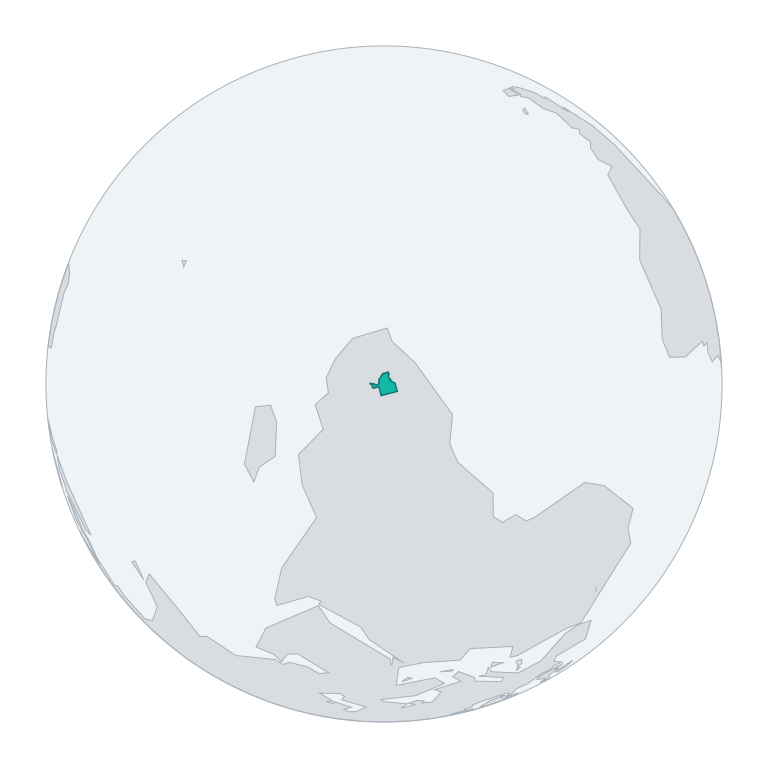 Kgalagadi on an orthographic globe, rotated 165°
{"feature_id": "BWA-2625", "entity_name": "Kgalagadi", "entity_type": "District", "adm_level": 1, "iso_a3": "BWA", "parent_name": "Botswana", "parent_adm1": "", "projection": "orthographic", "projection_center": [21.995, -25.1], "detail": "fine", "context": "on_globe", "style": "filled", "palette": "teal", "viewbox_px": 768, "rotation_deg": 165, "n_neighbors": 0, "source": "natural_earth", "source_scale": "10m", "svg_char_len": 6639}
<svg xmlns="http://www.w3.org/2000/svg" viewBox="0 0 768 768"><g transform="rotate(165 384 384)"><circle cx="384" cy="384" r="338" fill="#eef3f6" stroke="#a8b0b8"/><path d="M53.3,314.7L53.9,312.1L52.8,317.3L53.9,325.3L61.2,320.5L62.8,330.4L61.4,340.2L65.2,337.7L65.4,343.0L86.1,332.1L101.1,335.9L103.7,355.0L97.0,384.7L104.9,437.8L96.6,467.5L103.9,489.6L113.7,527.9L107.5,534.9L118.9,545.4L123.4,558.4L122.0,564.8L130.2,575.0L129.5,579.6L135.9,582.6L147.4,601.2L158.6,608.5L170.2,622.7L177.6,626.5L177.4,628.3L180.4,632.4L184.9,635.5L178.7,636.6L162.8,626.3L154.6,618.0L154.1,619.6L135.2,599.0L139.3,605.1L116.0,579.9L99.3,555.3L66.2,492.5L62.1,483.6L60.4,481.2L54.3,458.0L49.8,434.3L47.1,410.4L46.1,386.4L46.8,362.4L49.2,338.4L53.3,314.7ZM193.1,636.7L181.2,637.9L186.0,636.4L178.9,628.2L189.0,629.5L193.1,636.7ZM176.7,614.2L174.7,607.4L177.2,607.8L179.2,612.6L176.7,614.2ZM383.1,46.1L372.8,46.5L370.2,47.0L374.6,47.4L363.9,50.5L353.8,51.8L349.4,49.1L334.5,51.1L337.6,49.5L348.6,47.9L383.1,46.1ZM421.2,48.1L422.6,48.3L422.3,48.3L445.7,51.8L468.8,56.9L491.5,63.6L513.7,72.0L535.2,81.8L556.0,93.1L575.9,105.9L594.9,120.0L612.9,135.4L629.8,152.1L645.4,169.8L659.7,188.7L672.7,208.5L684.3,229.1L694.4,250.5L703.0,272.6L710.0,295.2L715.5,318.2L715.7,321.4L714.4,314.3L705.6,284.3L709.3,303.6L716.2,332.1L718.7,357.7L715.8,342.9L712.5,320.2L709.3,309.0L706.4,291.1L696.5,259.8L693.2,257.3L689.8,247.0L675.7,219.1L668.9,215.5L660.6,227.8L665.5,254.0L659.9,261.3L638.4,214.0L627.3,187.9L620.4,186.2L597.4,160.1L560.3,145.9L554.3,139.3L547.5,139.6L531.2,130.7L521.7,121.0L512.2,119.5L537.4,145.8L547.5,148.0L554.9,142.0L560.1,151.1L575.7,163.1L561.1,178.9L504.8,186.9L498.1,167.3L449.2,116.6L450.1,112.2L449.8,111.7L449.1,110.8L445.9,117.8L437.0,109.4L464.4,140.9L469.5,155.4L504.0,187.9L501.1,190.5L511.8,198.4L544.8,197.8L545.3,204.3L530.4,232.7L483.6,272.5L489.2,307.6L484.8,338.0L454.4,356.0L455.8,381.8L439.9,389.9L438.1,405.0L424.6,420.8L402.5,436.2L366.4,437.3L365.1,422.9L348.5,396.6L325.8,336.7L335.9,309.1L333.1,289.5L306.9,250.4L312.7,227.7L305.4,219.6L290.6,223.9L282.0,214.8L273.0,216.2L215.7,236.9L197.8,229.0L175.6,199.4L185.6,181.7L186.8,166.5L255.6,102.4L270.9,100.8L325.9,87.1L332.9,87.7L327.3,97.1L369.2,106.1L381.8,97.6L418.9,104.8L443.1,106.2L450.3,89.8L410.7,86.9L403.0,79.1L434.1,74.8L468.7,80.0L466.8,77.3L444.3,69.1L451.5,66.3L436.4,66.3L443.1,69.2L433.8,69.8L427.1,67.3L429.9,66.1L419.3,64.3L408.6,71.9L414.2,75.7L386.8,76.9L393.5,83.6L386.3,87.0L372.3,77.0L373.2,73.5L347.7,66.0L344.3,69.5L368.2,77.3L361.0,76.8L356.6,83.3L354.4,78.1L329.2,70.2L304.1,75.9L273.2,96.3L258.2,101.3L245.2,102.0L255.3,85.7L287.6,76.7L291.6,72.3L284.1,69.5L294.6,67.5L295.5,65.7L307.6,63.2L323.7,57.1L335.8,55.2L341.3,51.3L348.3,50.2L343.0,52.5L345.9,53.7L376.0,51.8L381.6,50.9L382.7,49.0L390.8,49.3L388.1,47.8L404.9,47.9L382.1,47.0L382.8,46.2L391.2,46.2L421.2,48.1ZM233.0,128.4L231.4,132.7L233.0,128.4ZM506.4,96.3L526.3,102.1L515.3,90.8L522.0,92.4L515.8,88.3L514.4,90.0L498.9,80.0L506.7,80.2L503.2,76.7L496.3,74.8L484.5,76.4L506.6,90.0L503.0,92.5L506.4,96.3ZM54.0,311.4L53.9,312.9L53.2,315.5L54.0,311.4ZM288.7,61.7L293.0,61.1L288.8,63.2L273.4,68.3L279.4,64.9L288.7,61.7ZM300.2,60.1L300.1,57.5L309.7,55.1L304.3,56.7L310.7,55.4L303.7,57.8L313.0,59.1L309.8,61.3L283.1,67.8L293.6,64.0L288.7,64.4L300.2,60.1ZM340.5,83.8L345.8,83.7L354.1,82.7L351.4,87.2L340.5,83.8ZM323.0,78.3L327.7,77.2L328.1,82.1L322.5,82.7L323.0,78.3ZM330.1,73.0L328.0,76.8L325.8,75.0L330.1,73.0ZM347.4,51.9L352.5,51.2L353.1,51.6L350.5,52.5L347.4,51.9ZM443.8,91.9L437.0,94.5L433.2,92.6L436.3,92.1L443.8,91.9ZM392.2,89.1L404.1,91.4L391.3,90.3L392.2,89.1ZM547.2,548.9L547.1,555.7L542.9,554.2L547.2,548.9ZM539.5,342.8L514.0,395.3L499.0,392.8L497.6,375.1L507.9,342.2L525.9,336.1L535.1,323.1L539.5,342.8ZM717.6,437.7L718.1,416.1L717.3,404.1L718.3,400.7L719.7,415.4L717.6,437.7ZM718.2,399.9L715.8,372.6L706.2,313.8L709.8,320.3L718.5,363.1L718.1,366.5L719.7,385.7L718.2,399.9ZM721.1,408.1L721.3,402.7L721.3,395.2L721.4,374.2L721.4,367.5L721.7,371.9L721.1,408.1ZM666.8,257.3L673.7,277.5L670.1,277.4L666.8,257.3ZM657.2,582.8L659.1,572.1L663.1,562.3L669.3,555.1L687.3,521.7L686.7,524.6L696.1,505.0L698.4,507.9L699.0,506.4L687.3,533.0L673.3,558.6L657.2,582.8Z" fill="#d9dde1" stroke="#a8b0b8" stroke-width="1"/><path d="M376.6,386.0L376.5,385.9L376.3,385.8L376.3,385.7L376.2,385.6L376.2,385.4L376.1,385.2L375.9,385.0L375.9,384.8L375.7,384.7L375.7,384.4L375.5,384.1L375.3,383.7L374.6,383.1L374.2,382.8L373.9,382.8L373.8,382.6L373.5,382.4L373.4,382.2L373.2,382.1L373.2,381.0L373.2,380.0L373.2,379.0L373.2,378.0L373.1,377.0L373.1,376.8L373.1,375.9L373.1,374.9L373.1,373.9L373.1,373.5L389.8,373.5L389.7,374.0L389.3,374.1L389.2,374.1L389.2,374.4L389.2,374.9L389.2,375.0L389.3,375.0L389.6,375.0L389.7,375.4L389.7,377.5L389.6,382.4L389.7,382.5L389.8,382.5L395.0,382.6L395.8,383.3L395.9,383.5L396.0,383.7L396.0,386.5L396.8,387.3L397.1,387.4L397.2,387.5L397.3,388.0L397.1,387.9L396.9,388.0L396.7,388.0L396.4,388.0L396.2,387.8L395.9,387.3L395.6,387.2L395.4,387.2L394.8,387.3L394.7,387.3L394.7,387.2L394.3,387.2L394.2,387.1L393.8,386.8L393.6,386.6L393.4,386.5L393.4,386.4L393.3,386.2L393.0,386.1L392.9,386.1L392.3,385.6L392.2,385.5L392.1,385.4L391.9,385.3L391.9,385.2L391.7,385.1L391.4,385.2L391.1,385.1L390.8,385.0L390.5,385.0L390.3,385.1L389.9,385.3L389.7,385.4L389.6,385.2L389.4,385.3L389.2,385.5L388.9,385.7L388.9,385.8L388.8,386.1L388.7,386.1L388.5,386.3L388.4,386.6L388.4,386.8L388.5,387.0L388.4,387.1L388.4,387.3L388.3,387.5L388.1,387.8L388.0,388.0L388.1,388.3L387.9,388.5L387.9,388.8L387.9,389.0L387.8,389.3L387.7,389.3L387.5,389.5L387.3,390.0L387.2,390.1L387.0,390.4L386.9,390.5L386.6,390.5L386.4,390.5L386.1,390.9L385.8,391.2L385.7,391.2L385.6,391.3L385.4,391.3L385.3,391.5L385.1,391.7L385.0,391.9L384.8,392.4L384.6,392.7L384.3,392.9L384.0,393.1L383.7,393.2L383.2,393.2L383.0,393.3L382.9,393.3L382.8,393.5L382.9,393.8L382.8,394.1L382.7,394.1L382.4,394.4L382.1,394.4L381.8,394.3L381.4,394.3L381.1,394.2L380.8,394.2L380.3,394.3L380.1,394.3L379.6,394.4L379.4,394.4L378.7,394.3L378.5,394.1L378.3,394.0L378.0,394.1L377.8,394.2L377.6,394.3L377.3,394.5L377.2,394.6L377.1,394.4L376.9,394.2L376.7,393.8L376.7,393.6L376.7,393.4L376.8,393.0L376.8,392.9L376.7,392.6L376.6,392.4L376.7,391.9L376.8,391.9L376.9,391.7L377.0,391.7L377.1,391.4L377.4,391.0L377.6,390.8L377.6,390.5L377.9,390.2L377.7,389.8L377.7,389.6L377.7,389.2L377.6,388.7L377.5,388.4L377.4,388.3L377.3,388.2L377.2,387.8L377.2,387.7L376.9,387.5L376.9,387.4L377.0,387.3L377.0,387.2L376.9,387.2L377.0,386.9L376.9,386.8L376.7,386.6L376.7,386.4L376.9,386.2L376.7,386.2L376.6,386.0Z" fill="#14b8a6" stroke="#0f766e" stroke-width="1.5"/></g></svg>